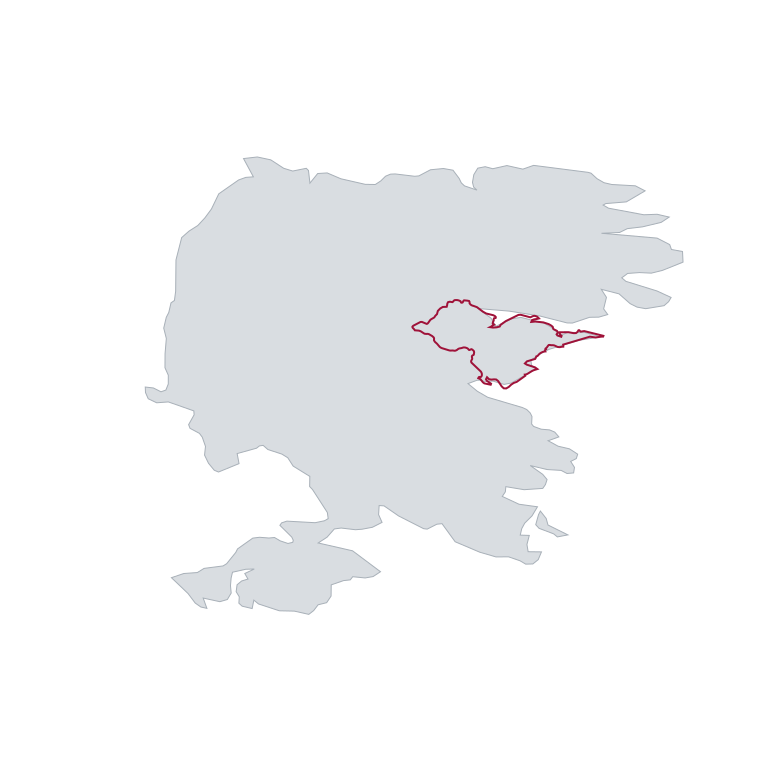 where Clare sits in Ireland, rotated 200°
{"feature_id": "IRL-76", "entity_name": "Clare", "entity_type": "County", "adm_level": 1, "iso_a3": "IRL", "parent_name": "Ireland", "parent_adm1": "", "projection": "robinson", "projection_center": [-8.993, 52.861], "detail": "fine", "context": "in_parent", "style": "outline", "palette": "rose", "viewbox_px": 768, "rotation_deg": 200, "n_neighbors": 0, "source": "natural_earth", "source_scale": "10m", "svg_char_len": 7069}
<svg xmlns="http://www.w3.org/2000/svg" viewBox="0 0 768 768"><g transform="rotate(200 384 384)"><path d="M490.0,149.2L473.0,158.0L470.4,161.3L465.7,175.0L465.2,179.0L454.6,194.3L448.5,197.4L439.5,199.9L434.4,202.3L427.9,201.1L419.7,201.3L415.6,204.0L415.8,206.1L418.3,208.6L433.5,215.6L432.7,218.5L428.4,221.9L401.3,230.1L393.2,235.1L390.4,238.4L393.3,243.9L415.1,260.4L418.8,262.2L422.1,271.8L441.3,275.8L449.2,281.8L456.0,283.2L470.7,282.7L476.6,285.0L479.9,283.2L481.8,280.1L498.2,268.4L493.0,259.6L509.4,244.7L514.0,244.9L521.8,249.5L528.3,255.8L530.4,264.3L536.6,271.9L540.6,274.5L551.1,276.0L553.7,279.0L551.9,290.1L553.5,293.7L580.5,293.4L591.2,288.6L600.5,289.5L605.2,294.4L607.3,299.5L599.3,301.4L590.9,300.4L586.9,303.7L586.7,310.2L589.7,318.5L595.4,324.4L600.1,337.6L604.1,352.3L610.1,361.2L611.4,372.2L610.7,377.6L611.9,387.4L609.5,390.8L611.5,399.9L621.9,429.4L624.2,452.4L619.5,461.0L613.2,469.2L609.1,478.9L606.0,489.4L604.3,506.2L590.4,526.0L584.5,530.9L577.6,534.0L593.1,547.8L580.7,554.0L567.1,555.9L552.0,552.4L542.6,552.9L530.8,560.1L528.0,558.8L522.3,547.4L518.3,559.1L509.6,562.9L494.7,562.1L469.9,565.2L460.4,568.5L456.5,573.7L453.6,579.8L449.7,583.4L445.4,585.2L426.2,589.7L422.4,591.5L413.6,601.2L401.9,606.8L392.3,608.5L383.7,602.9L380.1,599.4L376.1,597.7L363.0,598.0L367.1,599.7L369.8,603.7L371.2,611.4L369.7,618.9L363.2,622.8L355.4,623.5L343.2,631.3L327.0,633.4L318.2,640.6L264.6,652.7L261.5,652.9L254.1,649.8L246.1,648.4L238.1,649.4L215.6,656.2L204.7,654.8L218.6,638.0L237.3,629.4L239.3,627.1L233.2,626.0L197.7,631.9L185.4,636.9L173.1,638.4L178.8,630.7L194.8,620.1L208.5,613.2L214.4,607.0L231.2,600.0L177.3,614.5L163.2,612.7L159.9,608.7L148.8,610.6L144.7,600.8L161.2,586.0L170.7,579.6L182.0,576.1L192.9,571.2L196.9,565.1L191.8,563.2L159.3,564.8L143.8,563.5L144.7,558.7L147.6,553.4L163.8,544.3L172.5,542.8L180.2,543.7L194.0,549.1L212.2,547.3L204.6,541.5L203.3,529.7L197.5,525.8L205.0,520.3L213.6,517.0L227.8,505.7L232.9,504.0L261.0,501.2L291.3,495.3L321.4,487.1L306.0,482.5L298.6,476.5L286.7,488.7L278.2,493.4L254.1,495.9L246.5,494.5L235.7,490.7L232.4,492.1L229.3,495.1L213.3,501.1L196.5,502.5L216.1,491.5L240.9,472.9L246.4,467.0L254.2,456.7L251.8,452.2L246.8,449.6L264.7,428.5L271.0,424.7L282.4,424.0L290.8,420.7L294.5,420.7L297.8,419.4L305.2,413.1L293.8,409.1L282.1,407.0L245.9,409.2L241.1,408.8L236.7,406.8L233.8,404.0L231.6,396.9L228.9,395.3L220.8,395.3L212.7,397.5L207.1,397.2L201.6,394.1L210.4,386.8L199.1,385.1L187.6,386.5L178.0,384.3L177.8,379.7L182.1,375.1L176.5,370.8L175.4,365.3L181.4,362.5L188.0,363.4L201.5,359.4L218.7,357.4L204.0,353.4L198.1,350.0L197.9,344.7L199.1,340.2L216.2,332.6L234.4,329.2L233.1,324.2L234.4,318.8L216.0,317.2L197.8,321.1L199.8,310.7L204.2,301.3L205.1,295.2L204.3,288.6L195.7,291.4L194.8,282.1L191.2,275.7L178.6,280.1L179.0,271.7L182.6,265.8L189.2,263.2L195.7,264.4L207.9,264.2L219.6,259.8L236.4,258.7L263.2,260.1L281.7,272.6L286.4,270.3L293.8,262.4L297.3,261.6L325.1,265.0L342.3,269.5L347.0,268.1L344.4,259.4L338.5,253.3L345.9,245.4L355.0,240.0L361.0,237.3L375.0,234.0L381.1,230.8L385.1,220.6L391.5,212.1L356.5,216.5L323.1,206.4L328.4,199.3L335.4,195.3L347.5,192.2L348.7,188.4L354.8,185.4L364.9,177.2L361.2,166.6L363.1,158.9L370.4,154.0L372.6,147.0L375.9,141.8L390.6,139.9L404.8,135.1L426.7,134.4L432.4,136.4L431.1,127.9L441.3,126.7L445.4,128.4L447.2,134.5L451.9,138.3L453.4,145.1L450.4,150.2L445.1,154.2L450.0,158.3L442.6,165.8L450.6,162.6L462.0,155.3L461.3,149.4L459.3,142.0L456.1,135.3L457.5,127.9L463.8,123.3L480.7,121.0L473.7,112.6L479.8,111.8L486.5,113.6L496.5,120.1L517.5,129.3L507.4,137.4L494.9,143.0L490.0,149.2ZM194.1,314.1L193.6,318.1L185.6,313.1L181.7,307.6L159.6,305.1L168.8,299.6L173.3,301.2L188.9,301.4L193.3,303.7L194.1,314.1Z" fill="#d9dde1" stroke="#a8b0b8" stroke-width="1"/><path d="M324.9,488.0L322.9,488.0L315.7,485.8L312.1,485.2L304.9,486.0L303.1,485.8L301.8,485.1L301.7,484.2L303.1,483.3L303.1,482.3L302.6,481.1L302.8,479.4L302.5,478.0L300.8,477.4L301.8,476.3L303.0,474.5L303.8,473.7L300.9,474.3L297.5,475.8L294.9,477.6L294.7,479.4L291.1,484.7L281.3,494.9L279.3,495.8L269.4,496.7L268.9,497.1L267.1,498.9L266.0,499.5L264.7,499.7L263.3,499.6L262.0,499.2L260.8,498.6L262.6,497.4L265.0,496.1L266.8,494.6L266.8,492.7L263.3,494.4L255.3,496.4L249.7,496.6L247.3,496.2L245.1,495.5L244.2,494.3L243.5,493.5L239.7,493.1L238.2,491.9L238.8,489.7L237.6,488.9L233.6,489.0L233.6,490.0L234.6,490.2L235.5,490.8L236.2,491.7L236.6,492.7L228.3,495.8L223.4,496.6L221.0,497.5L220.0,499.1L219.6,501.0L218.8,501.3L217.8,500.7L217.0,500.5L214.0,502.2L194.3,504.3L194.3,503.5L196.3,502.7L201.0,500.1L206.7,498.9L229.1,482.3L228.8,481.8L228.3,480.4L229.5,479.9L231.1,478.9L232.2,478.5L233.6,478.2L237.1,478.5L238.3,478.3L240.3,477.6L241.6,477.4L242.6,476.9L243.1,475.5L243.5,473.9L244.3,472.6L243.7,472.1L244.0,471.8L244.3,470.8L243.5,469.8L244.6,469.3L245.8,468.4L247.0,467.2L248.0,465.9L248.6,464.7L249.0,463.6L249.4,462.7L250.3,462.1L250.3,461.2L250.5,459.3L257.4,454.2L258.6,451.5L256.5,451.0L247.9,451.3L245.0,450.5L248.1,448.1L249.4,446.8L252.7,442.6L253.7,441.6L254.9,441.0L254.1,440.0L260.0,431.4L262.4,429.4L264.2,427.0L265.7,424.0L267.7,421.6L270.0,420.9L272.6,422.0L277.7,425.8L280.1,426.6L282.2,426.0L284.5,424.9L286.9,424.4L289.5,425.6L289.8,423.3L288.3,422.1L283.5,420.9L283.5,419.8L289.9,418.9L291.6,419.4L295.0,421.5L297.1,421.7L297.4,421.7L297.3,422.6L297.2,422.9L296.9,423.2L296.6,423.3L295.6,423.6L295.3,423.9L295.1,424.4L295.0,424.9L295.0,425.5L295.2,426.1L295.3,426.5L295.5,427.0L295.8,427.4L296.1,427.8L296.5,428.2L297.2,428.8L309.1,434.0L309.5,434.4L309.8,434.8L309.9,435.3L310.0,435.9L309.9,436.4L309.8,436.9L309.7,437.5L309.8,438.0L310.0,438.5L310.3,438.9L310.6,439.3L310.8,439.8L310.9,440.2L310.8,440.7L310.6,441.1L309.9,441.8L309.8,442.0L309.7,442.2L309.7,442.5L309.8,442.9L310.1,444.5L310.3,444.9L310.6,445.4L311.0,445.8L312.7,446.5L313.2,446.6L313.8,446.6L314.5,446.0L314.9,445.5L315.3,445.2L315.8,445.1L316.6,445.5L317.3,445.9L318.2,446.1L319.5,446.1L320.5,446.0L321.9,445.5L323.4,444.3L325.3,443.2L325.7,442.9L326.4,442.1L326.7,441.6L326.9,441.2L327.6,440.4L328.4,439.7L329.0,439.4L330.9,439.0L332.8,438.2L334.0,437.9L341.8,437.5L343.1,437.6L344.3,437.9L348.0,440.0L350.5,441.0L351.7,441.9L352.0,442.2L352.2,442.9L352.5,443.9L353.1,444.7L355.0,445.5L358.8,446.2L360.0,446.1L361.2,445.6L362.2,445.3L363.2,445.1L367.6,446.1L369.4,446.1L373.4,445.0L374.3,445.7L375.8,446.4L376.3,446.7L376.7,447.1L376.9,447.5L376.7,448.2L376.2,449.0L371.0,454.7L370.2,455.1L369.6,455.3L365.1,455.1L364.4,455.1L363.8,455.6L363.4,456.5L362.6,459.4L362.3,460.3L361.8,461.0L359.8,463.4L359.5,463.9L359.3,464.7L359.2,465.4L358.1,467.8L358.4,471.1L357.0,474.2L355.1,476.5L351.5,478.0L351.6,479.5L352.0,481.2L351.8,482.8L351.1,483.3L350.3,483.8L349.5,484.0L348.7,484.1L347.6,484.4L347.2,485.2L346.9,486.2L346.2,487.0L345.1,487.5L343.9,487.9L342.5,488.1L340.8,488.0L340.2,487.8L339.9,487.3L339.4,486.9L338.6,487.0L338.0,487.6L337.7,489.5L337.4,490.0L334.3,490.8L332.5,491.1L331.7,490.4L331.1,489.0L329.7,488.2L328.0,487.9L326.4,488.0L324.9,488.0Z" fill="none" stroke="#9f1239" stroke-width="2"/></g></svg>